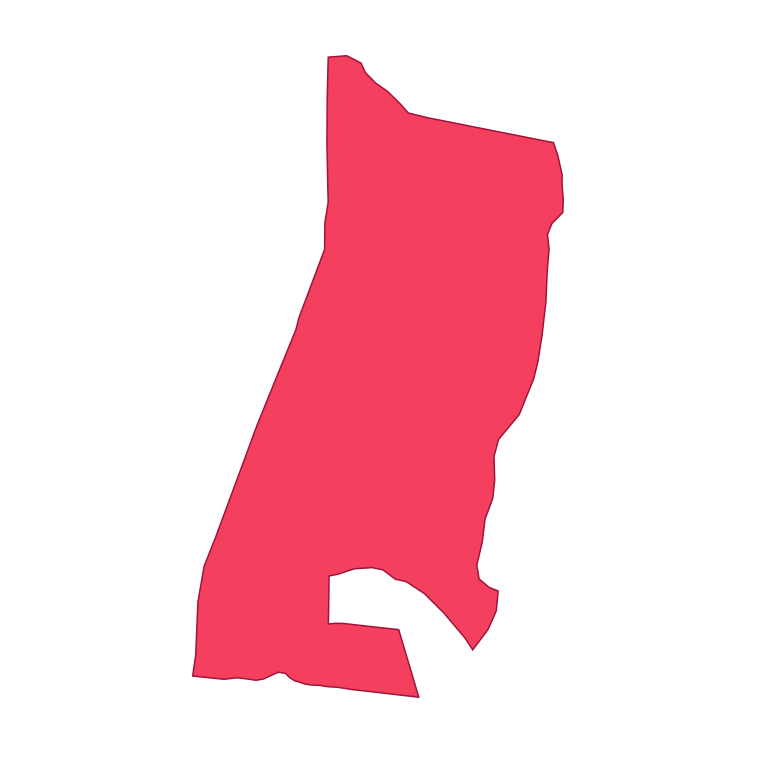 the district of Nduga, Papua, Indonesia, rotated 99°
{"feature_id": "22746128B7624163664321", "entity_name": "Nduga", "entity_type": "district", "adm_level": 2, "iso_a3": "IDN", "parent_name": "Indonesia", "parent_adm1": "Papua", "projection": "orthographic", "projection_center": [138.356, -4.436], "detail": "fine", "context": "isolated", "style": "filled", "palette": "rose", "viewbox_px": 768, "rotation_deg": 99, "n_neighbors": 0, "source": "geoboundaries", "source_scale": "gbopen_adm2", "svg_char_len": 2212}
<svg xmlns="http://www.w3.org/2000/svg" viewBox="0 0 768 768"><g transform="rotate(99 384 384)"><path d="M702.4,527.3L701.7,514.9L700.8,497.7L700.7,495.9L697.2,483.3L696.7,472.3L696.7,464.3L694.3,457.0L694.2,456.8L693.2,455.3L688.7,448.7L686.0,444.4L685.2,443.2L685.2,439.0L685.2,436.2L688.7,431.2L689.2,430.0L689.4,429.7L691.2,425.7L691.5,421.9L692.7,415.1L692.7,408.6L691.7,400.1L691.8,392.6L690.8,382.5L690.8,381.2L690.8,376.7L690.8,368.5L690.0,350.0L689.9,348.0L689.7,343.4L689.2,330.8L688.8,321.3L688.1,305.7L687.9,300.7L670.4,309.0L637.8,324.6L624.8,330.8L624.3,331.1L624.9,343.5L625.6,358.0L625.9,365.7L626.4,375.2L626.5,378.6L626.9,386.9L627.9,394.4L629.7,401.4L622.6,402.4L615.3,403.4L594.6,406.4L587.4,407.5L582.2,408.2L578.9,399.3L576.4,394.6L572.2,386.5L571.1,384.2L567.2,367.0L567.8,355.8L572.6,346.8L575.0,342.4L575.7,331.2L584.8,311.1L597.0,294.3L600.3,289.7L622.1,264.4L632.7,254.8L617.9,246.9L610.2,242.9L599.7,240.0L590.4,237.6L579.6,238.3L570.6,238.9L568.5,248.3L567.4,250.1L563.2,257.0L561.6,259.6L554.3,262.0L548.6,264.0L524.2,262.2L515.5,262.6L508.7,262.8L501.7,263.1L499.7,262.7L490.5,260.8L479.9,258.7L473.6,259.0L461.7,259.6L458.1,260.3L438.3,264.0L429.8,263.1L420.9,262.2L393.1,245.7L378.5,242.3L355.8,237.0L338.0,235.5L320.9,235.5L311.0,235.5L285.5,236.6L278.9,236.8L265.7,238.3L244.3,240.7L225.1,242.0L210.9,245.9L202.8,244.1L199.4,243.3L186.6,234.3L175.0,235.6L167.2,237.4L158.3,239.5L153.9,240.1L149.4,240.8L144.1,242.9L138.0,245.3L130.1,248.5L125.8,250.9L120.4,253.7L119.1,254.4L118.2,278.6L118.1,281.6L117.7,290.6L117.2,304.0L117.2,304.7L116.8,315.6L115.9,339.3L115.6,345.1L115.3,353.4L114.2,382.8L112.5,402.4L105.3,411.1L99.7,418.9L94.4,426.4L88.0,439.5L79.3,451.1L70.6,456.9L65.6,472.1L67.0,478.1L67.7,480.9L69.9,490.2L87.5,487.9L105.9,485.4L114.0,484.3L144.8,479.6L154.9,478.1L174.8,474.5L199.4,470.1L207.0,468.7L213.2,467.6L234.0,467.6L260.3,463.7L283.6,468.5L311.1,474.1L324.0,476.8L331.5,478.3L344.0,479.5L358.6,482.9L366.7,484.8L403.5,493.4L444.0,502.8L451.7,504.4L478.7,509.7L489.5,511.9L501.0,514.2L562.0,526.4L562.5,526.5L591.8,533.1L595.5,533.2L628.5,533.7L660.9,529.9L680.9,527.6L689.0,527.5L702.4,527.3Z" fill="#f43f5e" stroke="#9f1239" stroke-width="1.5"/></g></svg>